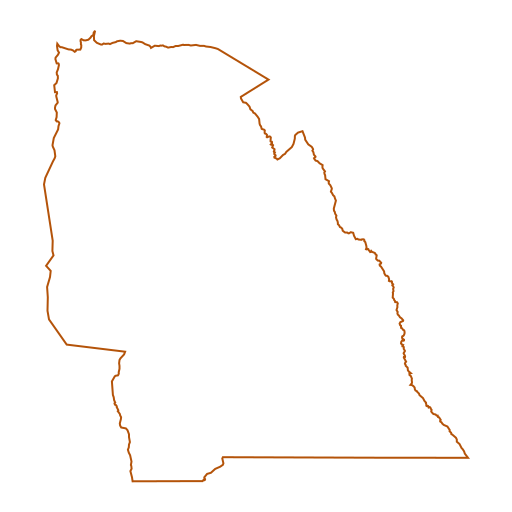 the district of Jáchal, San Juan, Argentina
{"feature_id": "61730980B94061248290097", "entity_name": "Jáchal", "entity_type": "district", "adm_level": 2, "iso_a3": "ARG", "parent_name": "Argentina", "parent_adm1": "San Juan", "projection": "orthographic", "projection_center": [-68.237, -30.298], "detail": "fine", "context": "isolated", "style": "outline", "palette": "amber", "viewbox_px": 512, "rotation_deg": 0, "n_neighbors": 0, "source": "geoboundaries", "source_scale": "gbopen_adm2", "svg_char_len": 5939}
<svg xmlns="http://www.w3.org/2000/svg" viewBox="0 0 512 512"><path d="M66.7,344.6L125.1,351.7L124.1,354.4L120.4,358.4L119.5,360.0L119.1,363.3L119.5,365.9L119.5,368.8L118.7,372.3L118.8,373.6L118.3,374.8L117.9,375.4L115.8,375.7L114.8,376.3L111.9,381.4L112.9,395.0L113.7,397.2L114.1,400.1L115.2,402.6L114.5,403.3L114.6,403.8L115.1,404.8L115.9,405.0L116.8,406.3L116.7,407.1L118.2,410.0L118.3,410.7L117.8,411.2L119.8,413.9L120.2,415.5L121.1,417.2L120.9,419.1L119.8,423.4L120.1,425.5L121.2,427.5L125.9,428.4L127.5,430.2L129.0,434.3L129.0,437.1L129.9,442.1L129.0,444.5L128.8,447.4L127.9,449.7L128.8,452.7L130.1,455.2L131.5,461.6L130.9,465.0L131.3,466.0L131.6,468.7L130.4,471.1L132.0,477.3L132.6,481.3L202.6,481.1L203.6,479.8L204.5,480.2L204.9,479.9L205.1,479.2L204.3,477.7L204.3,477.3L207.1,473.9L210.9,472.8L215.2,468.9L220.2,466.7L222.9,464.8L223.4,463.3L222.3,458.5L222.9,457.2L373.6,457.7L468.0,457.8L464.8,453.6L464.1,451.4L462.7,449.2L461.6,448.1L459.5,444.0L456.8,441.7L456.8,439.5L455.9,437.7L452.2,434.5L451.4,434.2L451.1,432.7L449.6,431.3L449.7,430.0L447.4,426.5L443.7,424.9L442.2,423.5L441.6,422.4L440.2,421.5L440.1,420.9L440.7,419.9L439.1,417.4L438.0,417.0L437.7,415.6L436.6,415.6L435.6,414.5L433.4,414.0L431.6,412.1L431.2,411.3L431.6,409.9L430.7,408.6L430.5,407.8L429.7,407.0L428.6,407.5L428.0,406.0L426.8,406.1L426.3,405.7L426.4,404.4L425.9,403.5L426.0,402.6L424.5,401.0L423.0,398.1L419.5,395.1L419.0,393.6L417.0,391.6L417.0,391.3L415.5,390.5L414.9,389.4L414.6,387.5L413.5,386.2L412.0,385.1L410.5,384.9L411.8,383.3L412.0,382.3L411.7,380.1L411.9,378.6L410.8,376.0L409.5,375.0L409.4,373.5L410.8,373.2L408.6,371.3L407.9,370.3L407.6,367.6L405.7,365.8L405.6,364.8L404.9,363.8L405.3,362.5L406.1,361.7L403.8,357.6L403.9,357.0L405.0,357.0L405.1,356.6L404.9,355.7L403.6,353.4L403.8,352.7L404.8,351.4L404.9,350.8L403.7,348.8L403.8,347.1L403.3,346.5L402.4,346.3L402.4,345.6L403.0,344.9L401.6,344.2L401.0,343.4L401.3,341.7L402.1,340.6L403.7,340.7L404.0,340.4L404.0,339.7L402.3,338.5L402.0,337.1L402.4,336.2L403.3,335.9L403.8,335.3L404.5,333.7L404.6,332.2L404.4,330.9L404.0,330.2L402.9,329.7L402.2,328.4L401.1,327.9L401.0,325.7L400.2,325.3L399.6,323.6L400.3,322.2L403.0,321.0L403.2,320.3L401.5,318.3L400.0,317.3L398.8,315.4L397.8,314.6L397.4,313.2L397.7,312.0L396.5,310.0L397.4,307.2L397.3,305.3L397.8,303.4L397.0,302.2L395.2,302.1L394.9,300.8L394.2,300.1L393.9,298.9L392.7,297.6L393.0,293.7L392.8,292.4L393.5,291.1L393.1,288.9L393.7,287.5L393.1,286.1L392.3,285.4L392.5,284.6L393.0,284.2L392.1,283.3L391.9,281.5L391.5,281.2L390.0,281.4L388.9,280.9L389.1,279.1L388.3,276.7L387.1,275.8L386.0,275.8L385.3,275.1L384.3,273.3L384.1,271.4L381.1,266.7L379.8,265.6L379.6,264.4L381.0,263.5L381.2,262.8L379.3,260.7L378.0,260.7L376.3,259.2L376.1,258.4L376.7,255.5L376.4,254.8L375.6,254.5L375.2,253.4L374.7,252.9L371.9,251.8L371.4,251.2L371.2,251.9L370.2,252.1L369.5,250.9L368.8,250.4L368.3,249.1L367.8,248.9L366.5,249.4L366.0,249.2L366.5,247.8L366.4,246.2L365.3,242.1L364.3,241.1L364.4,240.2L363.7,239.3L362.0,239.3L361.4,239.8L358.4,239.5L357.4,238.8L355.8,239.2L354.0,235.7L353.2,232.8L350.8,232.2L349.0,233.3L348.3,233.3L347.4,232.6L345.0,232.5L342.7,230.7L342.3,228.9L341.3,227.7L339.9,227.0L339.1,225.3L337.9,224.2L337.8,222.3L337.3,220.6L336.6,219.6L336.0,217.3L336.4,215.6L335.2,213.8L334.7,211.7L334.0,210.8L333.9,209.9L333.8,208.6L335.9,200.6L335.0,198.5L334.4,196.4L333.1,195.2L331.9,192.9L330.9,191.7L331.8,188.9L331.8,188.3L330.3,185.2L328.8,183.6L328.7,182.6L329.0,181.2L325.5,179.2L325.1,175.1L324.5,173.9L324.3,172.5L325.0,171.4L322.7,168.4L322.4,167.1L322.6,165.1L319.6,163.3L317.5,161.1L315.6,160.6L314.4,159.0L314.0,158.2L315.5,156.9L315.5,156.5L313.9,154.7L313.4,152.2L312.4,150.7L313.1,149.4L312.9,148.7L311.7,146.8L308.3,144.4L305.2,139.7L305.0,137.6L302.5,131.2L298.0,132.6L295.3,135.0L294.9,135.9L294.8,138.7L293.5,143.9L291.8,147.1L286.3,151.9L285.1,153.8L283.0,155.0L279.8,158.3L277.4,159.5L276.8,158.7L274.4,157.6L274.3,156.8L275.5,156.0L275.6,155.3L274.2,153.9L274.9,152.4L274.0,152.0L273.8,151.5L274.5,150.0L274.5,149.2L272.2,147.5L273.1,145.2L272.5,144.6L271.3,144.8L270.8,144.5L272.0,143.1L272.0,142.4L271.9,141.8L270.7,141.6L270.5,141.2L270.8,137.4L270.1,136.6L269.2,136.4L267.1,137.3L266.7,137.0L267.0,134.9L266.1,133.9L264.8,133.4L264.6,132.2L264.8,130.4L264.1,129.7L261.7,128.9L261.0,126.3L260.2,125.4L259.6,123.8L259.1,119.0L257.7,116.8L255.0,113.5L253.3,112.6L252.6,111.0L250.4,109.3L249.5,106.6L247.5,104.3L246.0,102.8L243.2,102.3L241.0,98.5L240.8,96.9L268.5,79.6L217.9,49.0L215.4,48.2L210.5,47.0L206.0,46.5L204.1,45.9L200.1,45.9L196.0,44.9L190.8,45.5L188.6,44.9L183.7,45.0L183.1,44.7L178.2,46.0L175.6,46.0L173.1,47.1L171.2,47.0L168.1,47.6L165.9,46.6L164.5,46.4L162.9,45.4L161.1,45.7L160.3,45.5L158.9,46.1L154.8,45.7L151.0,47.9L150.6,46.9L149.4,45.6L145.1,44.1L142.5,42.4L141.1,42.0L136.2,41.2L132.8,43.2L131.0,43.2L129.8,43.6L126.3,43.1L123.0,41.0L120.2,40.7L117.0,41.3L115.8,42.1L112.5,42.9L110.0,44.1L108.7,43.6L105.3,43.9L103.7,43.5L102.0,44.6L100.8,44.5L96.8,42.8L94.1,40.2L93.9,36.1L95.1,30.7L93.7,32.6L93.4,34.9L91.4,36.3L90.6,37.6L88.4,39.7L85.6,40.4L83.6,40.3L81.4,39.1L80.7,39.7L80.5,41.0L80.9,42.4L80.9,44.5L81.3,45.1L81.2,47.6L80.3,49.6L76.7,49.7L76.0,50.2L75.7,51.2L74.7,51.8L73.0,50.4L71.0,49.6L68.5,49.4L61.8,47.2L60.4,47.2L59.0,46.0L57.3,43.7L57.0,45.9L57.6,50.3L59.0,52.6L58.0,54.7L55.6,57.6L55.4,59.1L56.7,63.4L58.4,63.4L58.8,64.1L58.9,65.2L58.0,69.2L56.7,72.4L56.9,74.6L57.8,75.8L57.9,78.3L56.5,83.0L54.2,85.2L55.0,92.2L56.9,92.1L57.1,93.4L56.2,95.4L56.3,96.6L57.7,102.1L57.7,102.7L55.5,105.4L55.0,107.6L55.0,109.0L56.8,112.5L56.6,117.1L55.7,120.1L56.7,121.4L57.6,121.3L58.5,121.9L59.2,122.6L59.4,123.4L58.5,126.1L58.1,129.4L53.8,138.0L52.5,145.2L52.8,146.6L54.5,150.3L55.3,156.3L54.6,158.4L53.0,161.3L45.3,177.8L44.0,184.4L52.7,240.7L52.4,251.0L53.5,255.4L46.1,265.8L50.7,270.9L50.0,277.1L47.1,287.0L47.8,297.3L47.5,310.8L49.0,319.4L66.7,344.6Z" fill="none" stroke="#b45309" stroke-width="2"/></svg>